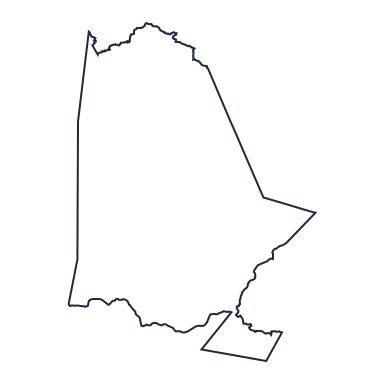 Los Andes, Salta, Argentina (Mercator projection), rotated 90°
{"feature_id": "61730980B96224963686238", "entity_name": "Los Andes", "entity_type": "district", "adm_level": 2, "iso_a3": "ARG", "parent_name": "Argentina", "parent_adm1": "Salta", "projection": "mercator", "projection_center": [-68.208, -24.497], "detail": "fine", "context": "isolated", "style": "outline", "palette": "slate", "viewbox_px": 384, "rotation_deg": 90, "n_neighbors": 0, "source": "geoboundaries", "source_scale": "gbopen_adm2", "svg_char_len": 5919}
<svg xmlns="http://www.w3.org/2000/svg" viewBox="0 0 384 384"><g transform="rotate(90 192 192)"><path d="M299.1,292.1L298.9,286.0L299.1,284.1L299.5,282.8L301.0,280.4L302.5,278.7L302.9,277.9L303.8,276.8L304.5,276.3L304.7,275.9L304.6,275.2L303.9,274.0L303.2,273.6L302.4,272.7L301.3,271.9L300.8,271.2L300.8,269.7L300.7,269.1L299.1,268.1L298.9,267.5L299.1,265.8L299.8,265.1L300.0,264.3L299.7,262.8L299.7,261.9L299.1,260.5L299.6,259.1L299.9,258.2L301.0,256.7L303.7,255.2L304.3,255.2L304.7,254.9L305.3,253.9L307.1,252.8L308.9,251.3L311.6,248.7L313.8,248.4L314.5,247.9L315.5,246.8L316.8,245.1L318.4,244.1L319.4,243.8L320.4,243.8L320.7,243.9L321.6,243.5L323.8,243.1L325.0,242.6L325.7,242.6L326.1,241.9L326.1,240.3L325.7,240.0L325.4,238.5L325.2,238.1L324.8,237.9L324.6,237.3L324.9,236.3L325.4,235.5L325.4,234.3L325.1,233.2L324.0,232.5L323.3,231.4L323.0,230.2L323.0,227.8L324.4,225.5L325.0,223.4L325.4,222.8L324.8,221.2L324.1,219.8L324.2,218.9L324.5,217.9L325.5,216.4L328.1,210.9L331.2,208.6L331.4,203.5L332.4,202.0L332.5,200.1L332.1,198.1L331.2,195.9L326.4,188.2L325.8,185.7L325.9,181.2L325.8,180.7L325.1,179.4L323.8,178.1L322.5,177.1L315.6,174.3L314.6,173.7L314.3,173.2L313.9,170.2L314.1,168.5L314.4,167.6L314.2,166.8L313.2,164.9L312.5,162.7L311.9,161.8L311.8,161.1L311.2,160.6L311.8,157.5L311.9,155.8L311.7,155.2L311.7,154.5L312.0,153.5L312.3,152.6L349.5,182.5L361.0,117.8L332.4,102.0L332.0,104.0L331.3,104.9L331.9,107.2L331.2,109.1L331.3,109.4L331.2,110.9L331.3,111.3L331.7,111.5L331.8,112.1L331.5,112.4L331.8,112.8L333.0,112.9L333.6,112.6L334.9,112.8L333.7,114.0L333.1,115.1L333.1,116.4L333.6,118.4L332.4,120.4L331.4,121.6L331.1,122.4L331.0,124.1L331.1,124.7L330.8,127.6L330.9,128.0L331.8,128.3L331.8,128.9L330.7,130.1L330.3,131.5L330.3,132.2L330.1,132.7L329.2,134.0L328.7,134.4L327.5,134.9L327.1,134.6L326.9,134.0L326.2,133.1L325.8,132.8L324.9,132.9L324.4,133.1L324.1,133.5L324.1,134.2L324.5,134.9L324.7,136.2L324.4,136.9L323.7,137.8L323.6,138.2L323.8,139.1L323.9,140.0L323.5,140.5L322.9,140.8L321.5,140.7L320.5,141.1L318.8,141.4L316.7,143.0L316.1,143.1L315.6,143.5L315.8,144.1L316.4,144.7L317.0,145.8L316.5,146.6L316.0,147.0L315.5,147.1L315.0,148.0L314.5,147.9L313.9,147.4L313.2,146.4L312.6,145.8L311.8,145.6L310.9,145.6L310.1,146.2L308.0,147.2L306.5,147.2L306.1,146.6L306.3,145.8L306.1,145.4L305.8,145.0L304.6,144.8L304.6,144.2L304.4,144.1L303.3,143.9L302.5,144.3L299.9,144.2L298.1,143.4L295.9,143.2L294.6,142.3L292.9,142.1L292.2,141.8L291.2,140.8L289.4,139.5L287.6,137.1L286.1,136.4L284.7,136.3L283.6,135.7L282.7,135.6L281.9,134.7L281.5,134.6L280.9,134.1L280.6,133.6L280.1,132.3L279.9,131.3L279.2,130.0L278.9,129.5L278.2,129.0L277.3,128.7L276.2,128.9L275.8,128.7L274.1,128.8L272.8,129.4L272.5,129.8L272.0,130.1L271.0,130.1L267.2,127.6L265.4,126.2L265.0,125.8L261.2,116.7L260.3,115.6L259.7,115.3L258.8,113.9L258.6,112.9L258.7,112.3L259.0,111.7L259.1,111.2L258.0,111.0L253.8,111.0L252.8,111.7L251.1,111.1L249.8,110.4L249.4,109.9L248.8,108.6L248.6,107.5L247.6,106.5L246.9,105.3L246.3,104.8L245.1,101.1L244.3,99.7L243.0,97.7L212.8,68.6L209.5,80.2L205.1,94.7L197.5,120.6L126.5,151.2L122.0,153.3L68.3,176.1L68.2,176.7L67.8,177.0L66.6,177.0L66.1,177.2L65.9,177.5L65.8,179.8L65.5,180.5L65.5,181.0L65.1,182.1L64.0,182.8L63.7,183.3L62.7,183.7L61.8,185.0L61.1,185.3L60.8,186.0L60.9,186.6L60.7,187.2L60.0,188.4L59.8,189.3L59.2,189.8L59.3,190.4L59.5,190.8L57.5,190.5L56.2,190.9L55.9,190.6L54.8,190.8L52.2,190.4L51.4,190.9L51.1,190.7L49.9,190.9L49.3,190.3L48.7,190.0L48.5,189.6L48.4,189.7L47.4,192.0L47.5,192.6L47.4,192.9L46.2,193.7L46.2,194.0L46.0,194.3L45.8,194.9L46.2,195.8L46.2,196.1L45.8,196.5L45.1,198.2L44.6,198.7L44.7,199.4L44.2,200.0L43.7,201.9L43.0,203.1L42.1,204.1L42.2,204.5L41.9,205.2L42.0,207.2L41.6,207.3L41.4,207.7L41.5,208.0L41.8,208.2L41.8,208.5L39.5,208.0L39.0,209.1L38.9,210.2L37.9,211.0L37.2,211.1L36.1,210.7L35.9,210.0L35.5,209.4L34.9,208.9L34.6,207.7L34.1,207.5L33.3,207.5L33.5,208.1L33.3,208.7L32.6,209.4L32.2,210.3L32.5,211.0L33.0,211.5L32.9,211.9L33.3,212.4L33.2,212.9L33.6,213.3L34.4,213.7L34.2,215.1L33.5,216.0L33.8,217.1L33.7,217.6L33.3,218.1L33.1,219.2L32.3,219.4L31.9,220.1L32.1,220.5L30.6,222.7L30.5,223.5L29.4,224.3L27.8,224.8L27.4,226.0L26.5,226.6L26.5,227.1L26.3,227.5L26.5,228.6L26.2,229.6L26.2,231.1L25.6,231.8L24.5,232.2L24.0,232.6L24.2,233.7L23.9,236.0L23.0,237.4L23.9,238.3L23.9,238.7L24.3,239.0L25.2,239.1L25.9,239.4L26.0,239.8L27.3,241.0L27.5,241.5L27.4,241.8L27.4,242.2L27.9,242.4L28.0,242.7L27.9,243.7L28.1,244.4L28.1,245.0L27.9,245.4L28.2,245.9L28.0,247.3L29.3,247.9L29.9,249.7L31.5,250.0L32.3,249.9L33.0,250.2L33.7,250.0L33.8,250.3L34.0,251.2L34.6,251.9L34.4,252.9L34.9,253.3L35.4,253.4L36.7,253.9L37.6,253.8L38.9,254.3L40.0,254.0L40.7,254.7L41.8,254.5L42.1,254.6L42.0,255.2L42.3,255.9L41.9,255.8L41.1,256.7L42.3,258.3L42.2,259.5L42.5,260.0L42.6,260.6L42.7,261.8L42.6,262.5L42.9,263.3L43.2,263.4L43.5,263.3L43.9,263.4L44.2,264.0L44.6,264.1L45.5,265.0L44.9,266.3L44.6,267.9L44.3,268.3L44.4,268.6L44.8,269.0L44.5,269.4L44.5,270.1L44.9,270.5L44.9,271.7L45.6,272.3L45.8,272.7L45.7,273.9L46.9,274.3L48.1,275.1L49.6,274.1L50.0,274.9L49.5,275.5L49.6,275.8L50.0,276.7L50.7,277.4L50.9,278.4L50.4,278.9L50.3,279.3L50.6,279.7L51.2,279.7L51.6,280.0L51.3,281.9L51.8,281.8L52.1,282.0L52.7,283.4L52.6,284.6L53.1,285.3L53.6,285.5L54.0,286.2L54.5,286.3L45.2,291.6L44.4,290.7L44.1,290.6L44.0,290.2L43.3,289.9L43.2,289.4L42.2,289.3L41.8,289.5L41.7,288.9L41.4,288.5L41.4,288.2L40.9,288.3L40.9,288.7L40.5,289.1L40.6,289.5L40.3,289.9L39.9,289.3L39.0,289.2L38.3,288.6L37.5,289.4L37.5,289.9L37.1,290.7L36.9,291.9L36.7,292.4L35.7,293.0L35.0,293.1L35.0,293.4L34.5,293.8L34.4,294.3L32.6,294.2L31.7,295.2L121.6,306.0L259.5,306.6L304.3,315.4L306.0,314.1L305.4,312.4L305.7,309.4L305.5,306.8L305.9,303.7L306.3,302.2L306.1,301.0L306.3,299.9L306.7,299.1L306.7,298.0L306.4,297.6L305.8,296.2L305.3,295.9L303.4,295.7L301.9,295.4L300.6,294.8L300.1,294.2L299.1,292.1Z" fill="none" stroke="#1e293b" stroke-width="2"/></g></svg>